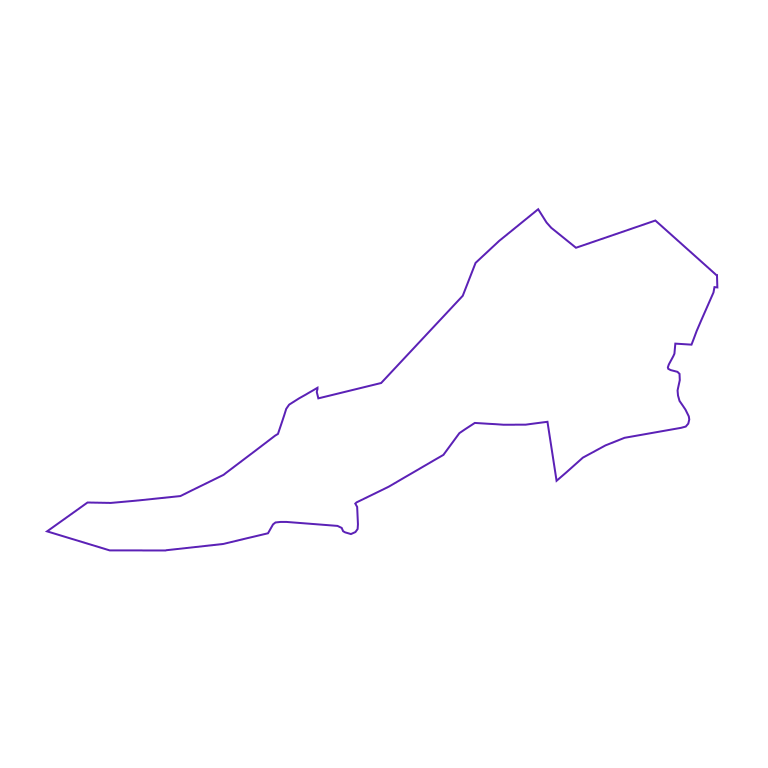 Qatabir, Sa`dah, Yemen, rotated 94°
{"feature_id": "15242507B9763756756493", "entity_name": "Qatabir", "entity_type": "district", "adm_level": 2, "iso_a3": "YEM", "parent_name": "Yemen", "parent_adm1": "Sa`dah", "projection": "equal_earth", "projection_center": [43.344, 17.33], "detail": "fine", "context": "isolated", "style": "outline", "palette": "violet", "viewbox_px": 768, "rotation_deg": 94, "n_neighbors": 0, "source": "geoboundaries", "source_scale": "gbopen_adm2", "svg_char_len": 1777}
<svg xmlns="http://www.w3.org/2000/svg" viewBox="0 0 768 768"><g transform="rotate(94 384 384)"><path d="M565.3,590.1L565.0,589.6L563.8,582.9L554.8,533.3L547.2,509.2L545.6,504.0L541.0,489.3L531.8,484.9L529.7,482.6L528.8,477.5L528.4,471.8L528.8,420.5L530.5,416.2L533.7,414.5L534.7,412.5L536.0,406.5L533.7,402.2L530.5,400.2L525.8,400.2L508.5,402.2L505.3,404.3L504.0,403.1L491.2,380.9L486.1,372.1L475.8,357.0L470.6,349.3L467.4,344.6L463.5,338.9L462.5,337.4L456.9,329.2L452.6,322.8L450.5,319.7L450.1,319.5L427.8,305.4L425.1,302.0L423.3,299.7L416.5,290.7L416.4,276.5L416.3,270.6L416.3,269.2L416.3,261.9L414.7,240.1L414.7,239.9L413.9,236.1L412.8,230.7L410.3,218.3L468.5,205.1L459.6,196.1L443.6,180.5L429.8,158.8L420.9,140.3L407.0,84.6L405.4,80.0L402.3,77.7L398.1,77.0L395.0,77.7L388.5,81.5L383.9,85.1L380.3,88.0L375.0,89.9L370.0,90.7L367.7,90.4L359.5,89.2L353.3,89.9L351.4,92.1L350.1,99.1L349.0,101.5L347.6,102.0L344.6,101.2L336.2,97.4L333.5,96.4L323.4,96.2L323.3,80.0L316.8,78.0L309.3,75.8L307.9,75.3L299.0,72.2L269.7,61.7L266.2,61.3L265.8,61.3L264.3,61.1L264.4,58.2L256.4,59.0L252.4,59.4L252.5,59.6L228.9,90.0L202.0,124.7L234.7,202.0L216.5,228.1L211.6,233.1L198.9,242.4L219.2,264.1L233.2,279.1L256.8,301.1L278.0,307.7L290.5,311.6L321.4,336.7L383.2,386.9L386.6,397.5L399.4,437.5L402.9,448.5L396.7,450.5L395.8,450.4L393.6,450.0L392.4,450.1L395.3,454.3L398.5,459.1L399.9,461.1L404.1,467.5L404.6,468.2L411.0,476.9L411.4,477.3L415.6,479.8L421.9,481.3L427.8,482.8L441.2,486.3L443.1,489.0L447.5,494.0L457.7,505.6L457.8,505.7L483.8,535.5L485.8,537.7L498.8,560.1L503.6,568.4L506.2,572.8L510.0,579.3L517.3,621.0L517.5,622.4L517.6,622.8L520.6,641.4L521.4,646.4L521.5,647.0L521.7,648.3L522.9,671.5L554.5,709.8L569.1,646.1L565.3,590.1Z" fill="none" stroke="#5b21b6" stroke-width="2"/></g></svg>